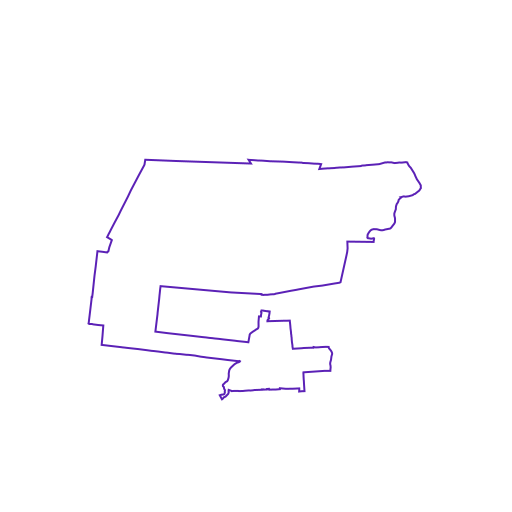 Varasti, Giurgiu, Romania, rotated 238°
{"feature_id": "2599482B7162388776253", "entity_name": "Varasti", "entity_type": "district", "adm_level": 2, "iso_a3": "ROU", "parent_name": "Romania", "parent_adm1": "Giurgiu", "projection": "orthographic", "projection_center": [26.231, 44.242], "detail": "fine", "context": "isolated", "style": "outline", "palette": "violet", "viewbox_px": 512, "rotation_deg": 238, "n_neighbors": 0, "source": "geoboundaries", "source_scale": "gbopen_adm2", "svg_char_len": 6060}
<svg xmlns="http://www.w3.org/2000/svg" viewBox="0 0 512 512"><g transform="rotate(238 256 256)"><path d="M255.2,433.8L255.6,433.5L255.9,433.2L256.3,432.6L258.0,429.0L259.3,427.1L259.6,426.5L260.0,425.5L261.3,422.9L261.7,422.4L263.7,420.4L264.6,418.9L265.6,417.5L265.9,417.0L266.4,415.7L266.9,415.2L268.6,409.2L271.4,403.7L274.5,397.8L274.9,396.7L276.4,394.0L276.6,393.4L276.7,392.6L280.6,385.3L284.4,377.8L286.8,373.7L287.7,371.9L288.4,370.6L289.2,368.8L290.2,367.1L291.7,364.3L292.6,362.9L293.0,362.0L294.2,359.8L296.2,355.8L299.4,359.9L300.5,358.6L301.2,357.7L303.6,354.1L306.9,349.7L310.1,345.0L311.0,344.2L311.2,343.9L312.8,341.5L316.6,336.1L321.4,329.4L329.0,318.0L333.3,312.2L335.2,309.4L335.9,308.3L338.4,305.0L341.0,301.3L341.5,300.7L337.1,300.7L379.3,238.0L396.3,213.1L393.0,210.2L392.8,210.1L392.6,209.8L392.2,209.3L391.3,207.7L386.7,199.6L378.0,184.7L374.2,178.8L366.1,165.3L363.5,161.2L359.4,154.0L355.1,146.7L353.9,144.8L352.9,143.0L351.4,140.6L350.9,139.7L346.0,142.2L345.8,142.1L345.2,141.3L343.5,139.2L341.2,136.3L339.5,134.6L338.4,133.5L338.1,133.1L338.1,132.9L338.3,132.3L337.9,131.6L340.7,128.3L344.1,124.1L331.8,114.3L325.0,108.7L310.9,97.7L308.1,95.4L308.4,95.0L307.8,94.5L307.7,94.6L293.4,83.1L290.7,80.9L288.3,79.0L287.5,78.2L286.7,78.6L285.2,80.9L284.3,81.7L281.1,85.6L278.0,89.7L269.2,83.2L262.4,78.0L260.1,80.9L258.0,83.5L250.1,93.4L249.4,94.2L247.7,96.4L247.1,97.1L243.7,101.4L239.4,106.9L233.9,113.6L230.8,117.3L229.7,118.8L226.5,122.8L222.4,127.7L221.0,129.6L219.4,131.5L216.7,134.7L215.7,136.1L215.3,136.5L213.2,139.5L210.4,143.0L209.2,144.5L207.7,146.7L205.0,150.1L203.8,151.6L201.9,153.6L201.3,154.3L200.8,154.8L199.9,155.8L197.2,159.1L196.3,160.1L195.1,161.6L186.9,171.9L183.2,176.4L176.4,185.0L176.1,185.4L175.9,185.9L175.8,186.3L175.2,186.6L175.1,186.4L175.0,186.0L175.1,185.1L175.3,184.3L175.6,183.2L175.6,182.2L175.6,181.2L175.6,180.4L175.4,179.3L174.7,175.7L174.4,174.8L173.9,173.7L173.2,172.7L171.7,171.4L170.8,170.6L168.9,169.5L168.2,169.0L167.3,168.2L166.4,167.2L165.5,166.1L165.1,165.2L165.1,164.5L165.2,163.5L165.1,162.9L164.6,161.2L164.5,160.3L164.3,159.7L163.8,159.3L163.1,159.0L162.0,159.3L160.2,158.6L158.7,158.6L157.5,157.6L156.9,157.4L155.7,156.0L155.8,155.0L156.1,154.4L156.7,153.2L157.1,151.5L152.5,151.2L152.5,151.5L152.7,152.5L153.2,154.0L152.9,155.6L153.8,159.3L154.7,160.5L156.1,161.2L156.9,161.9L154.5,163.8L154.3,163.8L153.2,165.9L151.0,169.4L150.6,169.8L149.7,171.2L148.9,172.7L148.4,173.5L147.9,174.5L147.8,174.8L146.2,177.9L145.7,178.8L144.8,180.1L143.7,182.3L143.2,183.6L139.8,189.5L139.3,190.4L139.6,190.5L139.0,191.5L138.8,191.4L137.0,194.5L137.4,194.8L136.5,196.6L135.7,196.3L133.6,199.9L132.5,201.6L130.4,205.7L131.2,206.2L127.5,211.0L123.7,217.3L120.8,222.5L119.6,221.8L118.2,220.8L117.2,222.9L115.7,225.5L122.4,229.1L124.9,230.5L125.6,230.8L128.3,232.3L130.4,233.5L131.7,234.2L132.2,234.6L128.1,242.3L122.2,253.4L119.2,258.2L120.9,259.4L121.6,260.0L122.2,260.4L123.5,261.1L124.5,261.4L125.5,261.9L126.5,262.7L128.1,264.5L130.9,266.8L132.4,268.5L132.8,268.8L133.4,269.1L134.3,269.3L135.6,269.4L136.9,269.3L138.3,269.1L139.0,269.0L139.5,269.1L140.0,269.2L140.2,269.3L140.4,269.4L141.9,267.2L143.4,264.5L144.5,262.5L145.6,260.3L146.9,258.1L147.2,257.7L147.9,257.0L148.3,256.6L147.8,256.1L148.5,255.0L149.9,252.6L151.1,250.5L152.7,247.7L153.4,246.2L154.3,244.5L154.9,243.4L156.1,241.2L157.4,238.8L157.8,238.1L160.0,239.0L160.8,239.5L163.8,240.8L166.2,242.0L167.8,242.9L169.0,243.4L170.3,244.1L171.4,244.5L172.8,245.3L175.6,246.6L175.9,246.7L178.8,248.2L183.3,250.4L184.8,247.8L186.4,245.2L193.9,232.4L194.6,231.1L195.1,231.4L195.6,232.0L195.8,232.9L195.9,233.4L196.2,233.8L196.4,233.8L196.3,234.1L196.5,234.2L196.9,234.1L197.1,234.2L197.7,234.6L198.6,235.6L199.0,235.9L199.9,236.8L201.1,237.7L201.7,238.2L201.9,238.0L202.8,236.9L202.7,236.8L205.3,233.8L205.3,233.7L205.8,233.3L206.1,233.0L206.5,232.3L206.9,231.8L206.4,231.2L206.0,230.6L205.0,230.6L203.3,229.0L202.1,228.1L203.2,226.5L199.2,223.5L198.3,222.9L195.0,220.9L194.4,220.4L193.8,219.7L193.7,219.5L193.5,219.0L193.6,217.4L193.6,216.7L193.5,215.8L193.5,213.2L193.3,210.8L193.2,210.0L192.6,208.9L192.3,208.7L186.9,203.8L189.0,201.2L193.6,195.3L195.6,192.9L202.7,183.9L205.4,180.6L208.0,177.2L209.5,175.4L211.3,173.0L213.4,170.5L215.4,167.9L222.9,158.5L237.3,140.3L245.2,130.6L258.8,141.6L259.9,142.4L270.6,150.9L274.0,153.5L275.0,154.3L278.6,157.1L281.0,159.1L238.5,215.3L220.8,240.5L220.2,240.2L219.0,241.7L218.5,242.8L217.1,245.0L215.6,248.3L214.1,250.9L213.7,251.9L213.7,252.5L212.4,255.8L208.0,267.2L206.0,272.1L205.1,274.5L202.5,281.1L199.5,288.7L195.8,296.5L191.0,308.2L190.0,310.5L189.1,312.7L189.0,313.8L208.3,332.8L211.0,335.4L213.9,337.7L219.8,341.1L205.6,363.2L206.3,363.7L207.7,365.0L208.0,365.3L208.3,365.4L208.6,365.4L208.8,365.1L209.2,363.8L209.7,362.7L210.3,362.1L211.1,361.2L211.8,360.3L212.1,360.2L212.6,360.2L212.8,360.3L213.2,360.8L213.8,361.1L214.5,361.6L215.2,362.3L215.3,362.6L215.4,362.9L216.0,363.9L216.6,365.4L217.0,366.8L217.0,367.3L217.0,368.2L216.6,369.5L216.4,370.1L215.9,370.8L215.0,372.2L214.6,372.7L214.0,373.3L213.0,374.2L212.1,375.1L211.5,375.8L210.9,376.7L210.3,378.2L210.1,379.3L209.7,380.4L209.0,382.2L208.8,382.8L208.3,383.9L208.2,384.6L208.3,385.2L208.5,386.0L209.1,387.5L210.1,390.3L210.4,390.8L210.9,391.6L211.3,392.0L214.0,393.7L215.2,394.2L216.3,394.5L217.3,394.9L218.7,395.8L219.5,396.7L221.6,399.4L222.8,400.2L223.9,401.0L224.5,401.7L225.5,402.9L226.1,404.4L226.4,404.9L227.0,405.8L227.8,406.5L228.1,407.0L228.2,407.6L228.5,408.5L228.6,409.7L228.7,410.1L228.8,410.2L229.1,410.1L228.8,410.9L228.7,411.5L228.3,412.8L228.0,413.2L227.1,414.2L226.0,416.6L225.7,417.3L225.1,419.3L224.7,420.7L224.6,421.1L224.6,421.4L224.7,422.1L224.7,422.6L224.4,423.9L224.8,427.3L224.9,428.4L224.9,428.7L225.3,429.9L225.8,430.8L226.2,431.8L227.7,432.6L228.2,433.0L228.5,433.1L228.8,433.2L229.7,433.2L231.0,433.3L235.9,433.1L237.4,433.3L239.3,433.5L240.2,433.7L242.4,434.0L248.7,434.0L249.4,433.9L250.0,433.7L251.7,433.5L254.8,433.7L255.1,433.7L255.2,433.8Z" fill="none" stroke="#5b21b6" stroke-width="2"/></g></svg>